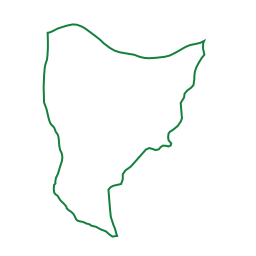 outline of Lèbombi-Leyou, Haut-Ogooué, Gabon, rotated 176°
{"feature_id": "22940354B21970441224980", "entity_name": "Lèbombi-Leyou", "entity_type": "district", "adm_level": 2, "iso_a3": "GAB", "parent_name": "Gabon", "parent_adm1": "Haut-Ogooué", "projection": "orthographic", "projection_center": [13.158, -1.435], "detail": "fine", "context": "isolated", "style": "outline", "palette": "green", "viewbox_px": 256, "rotation_deg": 176, "n_neighbors": 0, "source": "geoboundaries", "source_scale": "gbopen_adm2", "svg_char_len": 1824}
<svg xmlns="http://www.w3.org/2000/svg" viewBox="0 0 256 256"><g transform="rotate(176 128 128)"><path d="M46.7,195.8L47.6,202.2L47.1,207.4L46.0,209.5L50.0,207.9L55.6,207.0L60.4,206.4L64.5,205.0L68.0,203.4L70.9,201.9L76.6,199.3L81.3,197.4L86.1,196.5L94.3,196.1L101.9,196.1L106.9,196.8L111.7,198.3L116.6,200.6L124.1,202.4L131.0,204.1L136.1,206.2L140.6,209.2L146.4,214.3L149.4,217.7L153.0,221.0L157.8,225.2L164.2,230.6L167.0,232.4L171.8,234.6L176.1,235.2L181.6,234.4L187.3,233.1L191.2,232.1L196.3,229.9L199.5,228.8L201.5,228.6L201.9,219.3L202.4,213.0L203.2,206.4L204.0,202.0L205.6,198.2L206.8,194.2L208.0,186.6L209.3,174.7L209.8,163.0L210.0,159.5L209.1,156.5L207.9,152.2L206.3,142.1L205.2,138.3L204.0,136.3L202.6,134.9L201.5,133.2L200.4,129.4L198.9,127.0L198.1,124.7L197.8,121.0L197.8,115.1L197.3,111.1L195.8,107.1L195.5,103.6L196.1,100.0L197.2,97.2L198.6,93.9L200.2,89.4L201.5,86.4L203.3,83.4L204.3,79.5L204.2,77.7L205.8,76.3L206.3,72.4L206.1,68.7L205.0,66.9L203.0,65.4L201.8,63.0L200.4,60.4L197.6,57.4L195.0,54.0L194.8,52.3L193.3,50.5L191.0,48.7L188.7,46.4L187.3,43.7L186.2,40.6L184.5,38.9L182.2,38.2L179.1,37.3L177.7,36.5L176.6,35.8L173.1,34.6L171.4,33.1L166.8,31.7L162.8,29.1L157.1,26.3L154.0,23.1L151.1,20.8L146.4,21.1L147.2,24.1L148.0,28.5L149.4,32.6L151.3,40.3L151.6,47.7L151.8,67.8L149.5,70.2L146.6,71.4L138.8,72.6L136.8,77.2L136.4,82.3L133.5,85.9L127.8,89.4L117.4,99.6L111.6,105.3L108.1,106.5L104.8,105.3L102.2,104.1L98.9,104.5L96.7,106.7L94.4,108.0L91.4,107.6L88.8,106.8L86.6,107.6L85.9,109.6L87.0,111.0L88.4,113.0L88.6,115.9L88.0,119.5L86.6,121.2L84.1,122.6L81.7,124.1L78.0,126.8L74.9,130.8L73.5,133.8L73.7,149.2L71.3,152.6L69.9,154.6L69.2,158.2L66.5,161.1L62.1,163.9L59.7,166.2L58.4,172.3L58.2,175.0L57.4,179.4L55.6,183.7L53.1,187.8L49.6,192.7L46.7,195.8Z" fill="none" stroke="#15803d" stroke-width="2"/></g></svg>